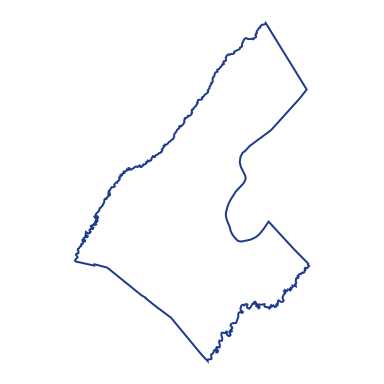 San Roque, Corrientes, Argentina (Equal Earth projection)
{"feature_id": "61730980B67401199188792", "entity_name": "San Roque", "entity_type": "district", "adm_level": 2, "iso_a3": "ARG", "parent_name": "Argentina", "parent_adm1": "Corrientes", "projection": "equal_earth", "projection_center": [-58.642, -28.676], "detail": "fine", "context": "isolated", "style": "outline", "palette": "blue", "viewbox_px": 384, "rotation_deg": 0, "n_neighbors": 0, "source": "geoboundaries", "source_scale": "gbopen_adm2", "svg_char_len": 5973}
<svg xmlns="http://www.w3.org/2000/svg" viewBox="0 0 384 384"><path d="M265.7,23.0L265.4,23.9L263.6,24.7L262.3,24.7L260.4,26.0L260.2,27.6L259.2,27.8L257.1,30.9L256.5,32.2L256.9,32.6L256.8,33.3L255.6,34.4L255.4,34.9L256.2,36.4L255.9,37.2L253.9,38.2L253.5,39.1L252.7,39.2L252.5,38.8L251.4,38.8L248.8,39.1L247.1,38.7L246.5,38.2L245.6,38.2L244.4,39.0L242.2,43.4L242.0,46.5L240.0,47.6L239.9,48.6L238.7,49.6L234.8,51.3L234.1,51.9L234.2,53.2L233.3,53.8L231.0,54.0L230.0,54.7L228.6,54.3L227.7,55.2L226.9,55.4L225.7,57.9L226.1,59.9L225.9,60.5L224.7,61.4L224.0,61.2L223.3,61.9L223.8,63.9L222.9,64.0L222.9,64.6L222.1,64.9L221.0,66.9L220.3,67.2L219.0,69.1L217.4,69.6L217.1,70.0L217.6,71.1L217.5,71.7L215.5,72.4L214.7,73.8L214.2,76.4L213.2,77.2L212.6,78.4L212.7,81.6L211.8,83.2L211.2,83.1L211.1,84.3L209.6,86.6L209.5,88.3L207.8,90.4L208.2,90.9L208.0,92.4L204.8,94.8L203.3,96.8L202.2,97.2L201.9,97.7L202.2,99.0L201.6,99.5L198.1,100.0L197.9,101.2L197.1,102.3L197.6,102.8L197.5,103.6L196.5,104.5L196.0,105.9L193.5,108.2L193.2,109.3L191.8,109.8L191.7,111.2L192.1,112.3L191.6,112.8L191.7,114.1L189.9,115.7L187.9,115.9L187.6,117.2L184.8,118.2L184.7,118.8L184.9,119.3L184.4,119.7L184.2,120.8L184.5,121.6L183.3,124.3L181.0,126.3L180.6,126.5L180.1,125.9L179.3,126.4L179.1,128.4L178.3,128.7L176.9,130.1L176.1,132.0L174.5,133.7L174.2,134.4L174.2,136.6L173.1,139.0L171.1,140.3L169.9,141.6L168.8,142.1L167.5,144.0L166.0,144.7L164.9,144.6L164.8,145.6L164.2,145.4L163.6,145.8L164.0,146.6L162.7,148.6L161.9,149.1L162.4,150.5L161.6,151.2L161.6,151.9L160.7,152.2L159.9,153.2L158.9,153.2L158.0,154.2L155.7,155.3L154.9,156.9L154.0,156.4L153.7,156.9L152.9,156.3L151.7,157.9L151.3,160.0L151.0,160.4L150.0,160.4L148.9,161.4L147.8,160.6L147.3,161.8L146.1,162.2L146.4,163.1L146.0,163.7L144.0,164.6L143.3,164.4L143.1,164.7L143.2,165.3L141.5,166.9L140.7,167.0L140.1,165.6L139.7,165.4L139.1,165.9L138.9,166.5L137.6,166.6L137.2,167.0L135.8,166.5L131.1,169.7L130.5,169.7L130.0,168.7L129.4,168.6L129.0,168.0L128.5,168.2L128.9,169.0L128.8,169.5L128.2,170.0L126.9,169.5L126.8,170.5L124.9,171.6L123.8,171.6L124.3,173.0L123.1,173.0L122.5,174.2L121.6,174.4L122.0,175.3L121.5,175.6L120.4,175.4L120.4,176.9L119.4,177.2L119.1,177.8L119.7,179.1L119.3,179.2L118.9,180.5L117.5,181.4L117.4,182.6L116.1,182.5L114.2,184.6L114.8,186.5L113.2,187.2L111.6,187.2L109.5,190.9L108.9,190.9L108.7,191.5L109.5,192.5L110.0,195.0L109.4,195.3L108.4,194.4L108.6,196.0L108.4,196.5L107.7,196.7L106.7,197.7L106.7,198.6L106.1,199.1L105.0,198.8L104.5,199.3L104.0,202.9L102.9,204.4L102.6,205.7L101.4,206.6L100.8,207.7L99.6,208.2L99.1,210.8L95.9,214.0L95.6,216.0L94.4,216.5L94.8,217.1L96.7,217.3L96.7,216.7L97.2,216.3L98.1,217.3L98.0,218.0L97.6,218.3L96.8,218.2L95.8,218.8L96.0,219.4L97.2,219.7L97.6,220.9L96.9,221.9L96.4,222.0L95.6,221.1L95.2,221.4L96.1,224.5L94.7,224.9L94.6,223.5L94.0,223.6L93.4,225.0L91.5,225.5L90.8,226.1L90.8,226.6L93.3,227.7L93.3,228.3L92.6,229.0L90.8,228.9L89.8,229.4L89.4,230.2L89.6,230.8L90.6,231.5L90.5,232.3L89.9,232.8L89.1,233.0L88.8,233.5L87.8,233.5L86.0,232.0L85.5,235.5L86.3,235.4L87.8,236.3L87.2,237.1L84.9,237.3L83.8,238.0L83.5,238.5L83.8,239.2L85.1,240.4L85.0,241.4L84.0,241.5L83.0,239.7L82.5,239.9L82.8,243.8L81.1,244.4L81.2,246.1L80.0,246.6L79.0,248.4L78.0,248.9L77.7,249.8L78.5,251.6L78.5,252.8L78.2,253.3L76.7,253.6L76.2,254.1L76.0,254.8L77.6,257.2L75.0,260.2L75.2,260.9L75.6,261.5L94.3,265.6L94.5,264.3L106.9,267.5L109.1,269.1L141.6,295.4L145.7,297.7L145.6,298.2L154.7,305.5L171.0,317.7L202.2,355.4L207.6,361.0L207.5,360.2L207.9,359.5L211.2,359.1L211.6,358.4L211.0,354.6L212.6,353.7L213.2,352.8L214.2,350.2L216.1,349.2L216.2,352.3L217.3,352.5L217.7,352.0L218.1,351.0L216.3,348.1L216.6,347.2L217.1,347.0L219.3,347.5L219.8,347.1L219.8,345.0L219.1,342.0L219.2,341.2L219.5,340.6L221.8,340.8L222.2,340.2L222.2,337.9L221.4,335.5L221.5,333.1L222.1,332.6L224.6,333.1L225.4,332.8L225.9,331.8L226.4,331.5L226.9,331.8L226.8,334.4L228.2,335.8L229.4,336.1L230.6,334.8L229.5,332.7L229.3,331.7L230.1,330.8L230.7,331.0L231.2,331.7L231.8,331.5L231.9,330.9L231.0,329.6L232.4,328.0L232.2,327.3L230.9,326.3L230.6,325.5L231.0,324.1L232.9,323.1L236.1,323.0L238.3,316.9L238.2,314.4L238.8,312.6L240.1,312.2L242.2,312.9L242.9,312.0L241.0,310.5L240.5,309.2L240.6,307.8L241.5,305.4L243.3,304.7L244.3,305.4L245.8,304.1L246.9,304.2L247.5,304.8L247.0,306.6L247.4,308.0L249.4,308.7L249.7,307.9L250.5,307.5L252.5,303.8L254.1,303.9L254.7,303.6L253.9,303.1L253.9,302.3L255.2,301.7L255.8,302.5L256.4,304.0L256.2,306.2L257.5,306.7L258.7,308.3L259.6,307.5L259.3,306.6L257.9,305.8L257.8,305.1L258.2,304.4L261.1,304.7L264.5,304.2L264.5,306.1L265.2,306.9L268.8,307.3L268.8,308.1L269.2,308.6L270.3,307.8L270.7,305.6L271.3,305.1L271.6,305.5L271.5,306.4L271.9,306.6L273.5,305.4L274.9,307.0L275.7,306.9L276.6,305.9L276.3,304.8L276.5,304.3L277.6,304.9L278.1,300.6L278.7,300.4L280.8,301.7L282.0,301.9L283.3,301.4L283.7,300.3L282.6,298.3L282.5,297.5L283.7,294.6L285.2,293.2L285.3,292.5L284.1,291.6L284.0,291.1L284.3,290.8L285.2,291.5L285.1,290.2L286.8,291.0L287.6,289.5L289.1,290.0L289.8,289.0L289.8,290.2L290.3,290.4L290.7,289.5L291.2,289.4L291.5,287.9L292.8,286.8L292.5,285.7L293.8,286.1L294.5,285.3L295.8,286.2L295.5,283.6L296.3,282.9L295.7,280.9L296.1,279.4L296.0,278.7L296.9,278.0L298.0,278.1L298.5,276.9L297.7,276.4L297.6,275.9L298.5,275.5L299.3,274.2L300.2,274.1L300.5,273.6L301.4,273.8L302.4,272.5L303.3,272.8L304.2,272.4L304.7,270.9L305.4,270.2L304.7,269.5L304.8,268.3L305.1,268.0L305.4,268.6L306.3,268.0L307.1,268.1L308.7,266.6L309.0,265.8L308.3,265.6L307.9,264.5L308.2,263.6L293.5,248.7L268.6,221.6L263.4,229.3L259.4,234.2L255.8,237.2L250.4,239.7L241.7,241.5L239.3,241.3L237.4,240.5L233.7,236.4L232.0,233.9L230.3,230.0L230.1,228.1L226.6,219.4L225.8,215.1L226.1,211.9L227.6,206.4L228.6,203.7L230.8,199.4L235.8,191.5L243.3,183.6L244.7,181.2L245.6,178.9L245.5,176.9L244.9,175.0L240.7,166.6L239.8,162.2L240.4,157.2L242.4,153.0L245.2,150.9L249.7,146.0L271.2,130.0L299.9,98.2L306.7,89.5L265.7,23.0Z" fill="none" stroke="#1e3a8a" stroke-width="2"/></svg>